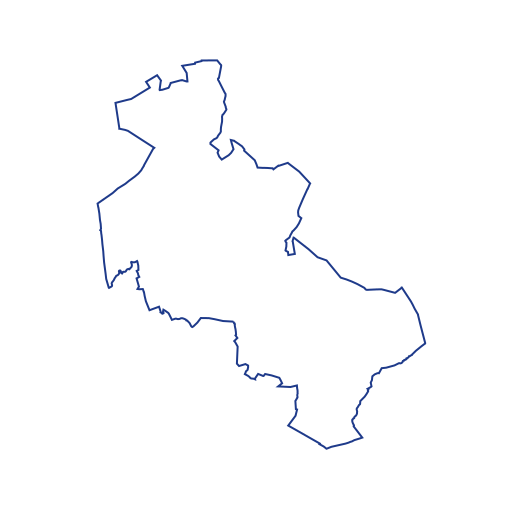 outline of Ciblas pag., Ciblas, Latvia, rotated 350°
{"feature_id": "27541924B77799225561415", "entity_name": "Ciblas pag.", "entity_type": "district", "adm_level": 2, "iso_a3": "LVA", "parent_name": "Latvia", "parent_adm1": "Ciblas", "projection": "albers", "projection_center": [27.918, 56.534], "detail": "fine", "context": "isolated", "style": "outline", "palette": "blue", "viewbox_px": 512, "rotation_deg": 350, "n_neighbors": 0, "source": "geoboundaries", "source_scale": "gbopen_adm2", "svg_char_len": 6021}
<svg xmlns="http://www.w3.org/2000/svg" viewBox="0 0 512 512"><g transform="rotate(350 256 256)"><path d="M144.2,80.8L143.6,106.7L143.5,106.9L148.8,109.0L151.6,110.5L164.3,122.3L174.6,131.8L173.2,132.7L161.3,147.4L161.3,147.7L159.2,150.0L157.8,151.7L154.4,154.4L150.3,156.8L144.2,159.8L139.9,162.2L131.6,165.5L125.8,169.1L109.1,176.8L109.1,180.4L109.2,181.0L109.1,187.1L108.6,193.4L108.6,197.4L108.1,202.3L107.1,203.5L107.7,204.2L107.7,204.7L107.5,207.0L107.5,208.5L107.2,213.3L106.8,217.6L106.4,224.7L105.9,229.4L105.3,236.0L104.8,247.6L104.5,252.6L105.5,261.6L105.7,261.9L108.3,261.0L108.7,260.8L109.0,260.4L109.1,260.1L109.2,259.7L109.1,257.9L109.3,257.5L109.8,256.8L110.6,256.2L111.8,255.0L112.3,254.4L112.6,253.8L113.0,253.3L113.7,252.7L114.9,251.3L115.1,251.2L116.4,250.9L117.5,250.2L118.1,249.4L118.4,249.0L118.3,247.6L118.4,247.1L118.5,246.9L118.8,246.7L119.5,246.6L119.9,246.8L120.2,247.5L120.4,249.3L120.8,249.8L121.1,250.0L121.5,249.6L121.8,249.0L122.0,248.7L122.7,248.5L124.1,248.8L124.7,248.7L125.2,248.4L125.7,247.7L126.6,246.9L127.1,246.7L128.3,246.6L128.8,247.1L129.1,247.0L129.9,246.3L131.2,245.4L131.7,244.9L132.2,243.5L132.2,243.1L132.2,242.5L132.0,241.3L131.9,240.7L131.9,240.4L132.1,240.3L132.4,240.2L133.4,240.7L134.5,241.0L135.6,241.1L136.7,240.8L138.0,240.3L138.2,240.9L138.4,245.0L137.8,249.3L135.9,250.0L136.7,252.4L136.8,254.5L137.4,256.3L134.5,257.3L135.4,265.8L133.6,267.9L135.4,268.5L138.8,268.9L139.0,270.0L139.2,271.8L139.4,272.0L139.4,276.1L139.7,281.4L141.7,290.9L151.7,289.1L152.5,294.8L152.3,295.0L153.1,295.6L153.6,296.5L153.8,296.6L155.0,296.3L155.1,296.0L154.8,294.9L154.8,294.5L155.5,292.8L157.3,294.4L159.7,296.8L160.2,297.8L162.1,304.3L165.7,303.7L166.4,303.8L167.8,304.5L169.0,304.7L169.8,304.7L171.2,304.3L172.4,304.4L173.3,304.8L174.2,305.3L175.8,306.4L176.0,306.7L176.1,307.3L176.6,307.6L177.0,307.6L178.0,309.1L179.0,310.6L180.0,313.9L180.5,314.6L180.9,314.9L181.2,314.8L182.2,314.4L185.5,312.2L186.7,311.4L190.9,307.5L198.8,309.0L204.4,311.1L212.2,314.3L222.3,316.7L222.2,316.7L222.6,317.8L222.7,318.3L223.1,318.5L223.1,318.8L223.3,319.0L223.3,319.3L223.1,319.3L223.0,322.3L223.1,324.5L223.0,327.1L222.7,330.1L222.0,330.6L223.4,333.5L219.8,336.0L220.6,337.4L222.2,342.0L218.5,358.7L220.2,361.4L226.8,360.6L229.1,362.4L229.2,362.5L228.9,364.3L228.2,365.9L228.1,366.4L227.7,366.9L226.1,367.8L225.8,368.3L225.4,369.2L224.8,369.9L224.5,370.4L227.2,372.5L228.5,373.9L229.2,375.1L229.7,375.6L230.4,375.9L232.3,376.4L233.7,377.3L233.7,376.5L237.6,372.5L242.2,375.4L242.7,375.4L244.5,373.8L250.6,376.3L257.8,380.0L258.5,382.0L259.6,385.9L255.2,388.3L267.2,391.0L273.8,390.6L273.6,392.5L273.6,393.4L273.5,393.9L273.6,395.1L273.4,396.8L273.2,397.5L273.2,398.0L273.2,398.4L272.7,399.5L272.5,400.1L272.4,400.8L272.4,402.0L272.3,402.3L271.8,402.9L271.9,403.0L269.6,405.6L268.7,413.7L269.8,414.3L267.2,420.2L258.3,428.6L286.3,451.8L285.8,452.3L289.4,455.2L290.1,455.9L291.9,458.0L292.8,457.9L297.1,457.0L311.6,456.3L314.7,455.9L316.7,455.4L318.1,455.3L320.9,454.4L326.6,453.7L329.1,453.3L322.6,440.8L322.6,440.6L322.8,440.5L323.1,439.8L322.4,437.7L322.2,436.6L322.1,436.0L322.1,435.5L322.3,434.9L322.2,434.3L322.5,433.9L322.9,433.5L323.5,433.2L323.8,432.8L324.3,432.8L324.6,432.6L324.7,432.2L325.0,431.6L325.3,431.3L326.5,430.7L326.9,430.4L327.4,429.8L328.1,428.7L328.4,427.3L328.6,426.8L328.5,424.5L328.8,423.6L330.0,422.5L331.5,420.7L332.6,420.1L332.9,419.5L333.5,417.0L338.6,413.4L340.7,411.3L342.9,408.8L342.8,408.0L343.5,407.1L342.8,406.2L345.7,405.2L346.8,404.7L347.1,404.5L347.0,400.6L348.6,398.4L349.7,394.7L352.3,393.2L354.8,392.6L356.0,392.5L356.7,392.8L360.3,388.3L364.8,388.6L373.4,387.8L378.1,386.4L378.5,386.4L379.3,386.8L379.8,386.8L380.7,386.7L381.9,385.9L382.2,385.2L382.4,384.9L383.5,384.8L383.8,384.2L384.0,384.1L384.9,384.2L385.1,384.1L385.2,383.9L385.4,383.8L385.6,383.9L385.8,383.9L386.1,383.8L386.5,382.9L387.0,383.0L387.4,382.7L388.2,382.5L389.0,381.8L389.3,381.3L389.7,381.4L390.3,381.3L390.5,381.1L390.9,380.9L392.3,380.6L392.5,380.2L397.0,377.1L403.3,373.6L407.4,371.5L407.5,371.1L406.0,352.7L405.3,342.2L405.4,341.8L403.1,335.5L401.9,331.3L400.7,327.7L394.1,312.3L393.9,312.3L393.7,312.6L393.2,313.0L386.7,316.4L386.3,316.3L375.7,311.4L373.8,310.6L369.4,309.9L359.3,308.6L358.2,308.0L357.2,306.2L351.3,301.5L349.9,300.5L345.8,297.7L341.0,294.8L335.8,292.1L335.6,291.9L324.7,272.6L316.4,267.9L309.0,258.5L296.4,244.5L296.2,244.4L294.6,247.7L294.7,247.8L294.6,260.7L288.0,260.7L288.2,257.5L286.2,256.0L286.0,255.7L287.5,252.0L288.3,248.2L287.6,246.9L287.5,246.1L288.2,245.6L292.2,243.6L293.4,241.6L295.7,238.8L296.0,238.2L297.4,237.4L301.0,234.6L303.9,231.4L307.2,226.6L304.8,223.9L305.0,220.4L305.5,218.5L306.9,216.0L311.9,208.3L318.2,199.1L318.4,199.1L321.8,194.0L321.9,193.9L313.2,180.4L303.6,170.0L303.5,169.8L293.1,171.3L293.1,171.2L288.2,173.7L287.6,172.5L287.4,172.5L281.8,171.1L278.0,170.4L272.9,169.2L272.4,165.9L271.4,161.5L262.6,150.2L263.1,149.0L261.7,146.3L261.1,145.3L259.7,144.0L258.7,142.9L254.7,139.1L254.6,138.8L251.4,137.4L251.6,140.2L252.4,146.9L249.4,150.1L246.6,152.0L239.0,155.1L237.0,151.7L236.1,147.6L237.5,145.4L230.6,137.8L230.7,137.5L230.7,136.7L231.0,136.3L231.4,136.0L234.9,133.8L236.9,133.3L237.8,132.9L238.3,132.6L238.7,132.1L239.3,131.2L240.4,130.1L242.3,128.4L243.0,127.3L243.4,125.0L244.0,122.8L245.9,117.8L246.5,114.9L246.7,113.0L247.3,111.7L247.6,111.1L248.3,110.8L249.6,109.6L252.1,106.9L252.3,106.6L252.3,106.2L252.0,104.6L252.1,103.7L251.3,99.5L251.2,98.5L252.4,96.5L252.7,95.6L253.8,93.2L254.1,91.4L254.1,90.9L253.6,89.9L251.4,82.7L249.8,77.3L249.3,76.2L249.3,74.9L249.6,74.6L249.9,74.3L250.4,74.2L254.4,63.7L254.8,62.4L254.8,62.0L254.6,61.5L254.2,61.1L252.6,58.2L251.7,56.6L236.4,54.0L236.2,54.6L229.6,55.0L229.3,56.1L216.4,55.9L219.5,63.7L218.8,72.2L218.0,72.1L213.7,69.9L213.4,70.1L212.3,69.9L202.0,70.8L201.8,71.3L199.4,74.9L199.0,75.2L192.7,76.0L190.0,75.9L189.9,75.6L192.4,67.8L192.9,66.8L190.0,60.8L178.0,65.4L180.7,71.7L160.3,79.7L156.4,79.9L144.2,80.8Z" fill="none" stroke="#1e3a8a" stroke-width="2"/></g></svg>